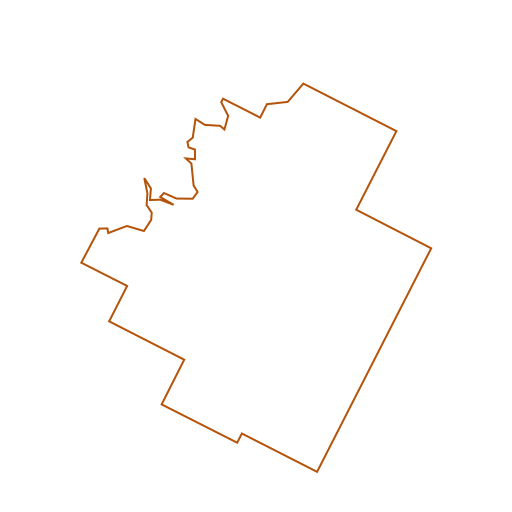 the district of Ramsey, North Dakota, United States of America, rotated 117°
{"feature_id": "52423323B86703523671903", "entity_name": "Ramsey", "entity_type": "district", "adm_level": 2, "iso_a3": "USA", "parent_name": "United States of America", "parent_adm1": "North Dakota", "projection": "robinson", "projection_center": [-98.806, 48.23], "detail": "fine", "context": "isolated", "style": "outline", "palette": "amber", "viewbox_px": 512, "rotation_deg": 117, "n_neighbors": 0, "source": "geoboundaries", "source_scale": "gbopen_adm2", "svg_char_len": 763}
<svg xmlns="http://www.w3.org/2000/svg" viewBox="0 0 512 512"><g transform="rotate(117 256 256)"><path d="M81.0,187.6L80.9,292.1L104.3,297.7L115.8,315.2L130.8,315.1L130.8,356.8L134.7,356.8L143.8,344.4L157.6,341.6L156.3,347.1L162.4,361.1L161.4,372.1L179.3,366.1L185.5,368.9L189.8,365.4L188.9,358.7L197.5,354.3L200.9,362.8L203.0,355.5L221.5,343.6L225.5,337.1L233.7,338.4L240.9,352.9L241.7,366.6L246.9,368.1L247.8,352.6L249.3,366.9L254.3,375.9L243.5,380.3L237.3,390.9L249.5,381.2L260.3,376.6L264.7,368.6L271.4,365.8L284.6,367.2L287.9,384.7L302.6,398.1L298.9,400.9L302.7,408.0L341.3,408.6L341.2,357.2L380.9,357.2L381.0,272.9L431.1,272.7L430.9,188.0L420.6,188.0L420.6,103.6L169.6,103.4L169.3,187.7L81.0,187.6Z" fill="none" stroke="#b45309" stroke-width="2"/></g></svg>